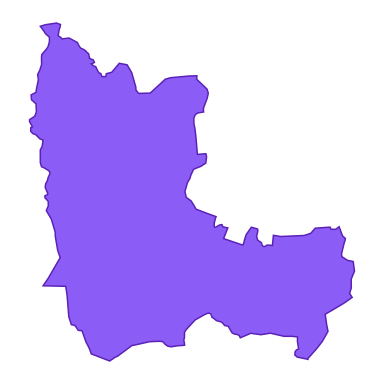 Shanono, Kano, Nigeria
{"feature_id": "59680162B7876035432306", "entity_name": "Shanono", "entity_type": "district", "adm_level": 2, "iso_a3": "NGA", "parent_name": "Nigeria", "parent_adm1": "Kano", "projection": "orthographic", "projection_center": [7.967, 12.098], "detail": "fine", "context": "isolated", "style": "filled", "palette": "violet", "viewbox_px": 384, "rotation_deg": 0, "n_neighbors": 0, "source": "geoboundaries", "source_scale": "gbopen_adm2", "svg_char_len": 3592}
<svg xmlns="http://www.w3.org/2000/svg" viewBox="0 0 384 384"><path d="M43.1,285.8L65.7,286.3L67.1,295.5L68.8,316.8L71.2,324.2L71.4,324.7L74.9,325.4L78.3,330.4L82.0,330.7L86.1,342.3L87.8,345.4L89.4,348.7L91.3,353.9L109.7,361.0L115.3,357.1L117.6,356.2L132.0,345.5L134.0,345.2L149.6,341.7L158.5,341.3L162.4,341.5L163.5,342.4L164.8,344.0L167.8,346.2L171.1,346.8L178.2,345.7L182.1,345.5L184.6,345.2L184.5,344.0L184.4,343.1L183.8,340.2L184.5,337.3L184.5,334.0L184.5,332.3L186.3,329.5L195.2,319.9L205.0,314.4L207.8,313.2L209.7,313.3L211.0,314.2L211.5,315.8L211.9,317.2L213.9,318.5L216.4,320.6L221.7,322.1L224.8,325.6L228.3,326.2L228.9,327.5L230.9,330.9L232.2,333.0L234.7,334.1L237.3,334.5L239.2,335.6L240.3,337.8L250.8,333.3L260.9,334.7L270.4,333.2L283.9,336.3L291.7,336.3L297.5,336.9L297.4,341.4L298.6,348.9L296.4,350.0L295.0,352.0L294.9,355.1L297.3,357.1L307.8,359.3L307.6,358.8L315.9,349.6L322.2,341.6L328.0,331.4L326.7,324.8L325.2,314.3L343.6,303.4L352.2,297.4L349.6,293.4L351.3,288.0L351.2,279.2L354.5,271.1L353.2,261.5L347.4,260.3L342.0,256.7L341.7,255.7L341.6,253.5L344.3,242.5L344.9,241.1L345.4,238.5L342.5,235.8L339.1,226.7L335.7,229.3L330.9,229.3L330.2,227.2L329.4,227.2L327.3,227.3L315.2,228.2L311.5,232.5L310.6,233.4L304.1,235.5L280.5,236.5L273.4,235.3L272.4,245.5L270.1,245.2L268.0,245.1L266.6,245.2L265.5,246.3L263.8,246.5L262.7,245.9L262.0,244.8L261.5,243.0L260.6,242.0L259.0,241.1L257.7,240.1L257.2,238.6L256.6,236.3L257.3,233.6L257.8,230.9L257.6,229.0L251.4,227.2L249.2,230.3L246.2,234.6L244.5,239.8L244.0,242.2L242.8,245.1L223.6,238.6L227.8,227.9L223.3,226.9L222.9,226.8L222.5,226.5L222.4,225.6L222.3,225.0L221.9,224.6L221.5,224.6L220.5,224.8L219.6,225.0L218.2,225.7L217.0,226.5L216.2,226.9L215.2,227.3L214.5,227.0L214.3,226.5L214.2,224.4L214.3,222.8L214.9,220.8L215.1,219.2L216.1,216.7L205.5,212.8L196.1,209.2L193.5,204.7L191.0,200.8L186.3,197.4L184.9,191.6L187.5,182.5L189.8,178.7L191.0,174.9L193.5,169.4L195.4,168.5L201.0,166.3L205.8,163.1L206.6,156.8L205.9,153.7L197.4,154.4L196.0,137.9L195.2,130.6L194.9,128.5L194.0,123.9L193.8,118.1L195.4,114.5L198.0,112.9L203.6,112.0L203.4,108.7L203.8,107.5L204.0,106.7L207.1,98.5L208.3,93.3L207.1,89.2L205.2,87.3L196.7,79.3L196.9,75.8L189.0,76.0L170.6,77.7L165.3,79.2L150.2,93.1L138.6,93.4L136.0,90.1L135.8,87.0L131.7,72.6L127.1,64.8L119.3,63.3L111.7,72.3L106.3,73.7L106.0,75.7L105.7,76.6L105.3,76.7L104.9,76.7L104.3,76.6L104.0,76.5L103.7,76.5L103.4,76.6L102.9,76.6L102.4,76.7L102.1,76.6L102.1,76.4L101.9,76.2L101.6,76.0L101.5,75.6L101.3,75.2L101.2,74.8L101.0,74.5L100.9,74.1L101.0,73.7L100.8,73.5L100.5,73.4L100.2,73.3L99.9,73.3L99.5,73.1L99.1,72.9L98.8,72.5L98.4,72.0L97.0,69.4L95.7,66.6L93.4,65.8L91.2,63.9L92.7,63.5L94.4,62.3L93.1,59.7L91.5,59.3L89.5,58.3L89.5,57.2L89.0,56.0L88.7,53.8L87.6,52.9L86.6,52.0L85.9,51.1L84.8,50.2L83.1,49.2L82.0,48.7L80.5,48.0L79.1,46.0L77.4,42.5L69.0,38.0L62.1,38.9L60.6,37.3L58.2,35.8L58.6,33.0L59.2,29.5L60.0,27.5L60.5,24.5L56.3,23.0L56.2,23.1L45.4,24.7L40.3,26.3L43.5,30.5L45.5,33.7L49.4,37.2L49.4,41.8L48.0,46.8L46.5,49.0L41.8,54.5L41.5,57.4L41.6,64.5L39.9,69.9L37.6,74.6L38.4,79.6L36.7,87.8L35.9,92.4L31.1,94.9L31.5,99.8L36.0,103.8L36.4,111.9L34.7,116.3L29.6,119.6L29.5,121.5L32.4,126.8L30.8,127.6L30.7,131.3L33.0,133.7L35.8,134.7L39.8,138.8L43.0,140.1L42.2,146.3L40.3,149.9L40.3,162.7L41.5,166.7L44.0,167.8L48.0,170.2L49.5,171.6L50.0,173.5L48.2,177.4L47.4,180.5L45.6,184.0L45.2,187.5L47.8,193.7L47.2,194.8L45.0,195.7L44.9,197.7L48.2,201.3L48.3,205.9L46.3,210.6L51.3,219.1L55.2,232.1L55.3,236.4L57.7,250.5L60.2,257.6L48.2,278.3L43.1,285.8Z" fill="#8b5cf6" stroke="#5b21b6" stroke-width="1.5"/></svg>